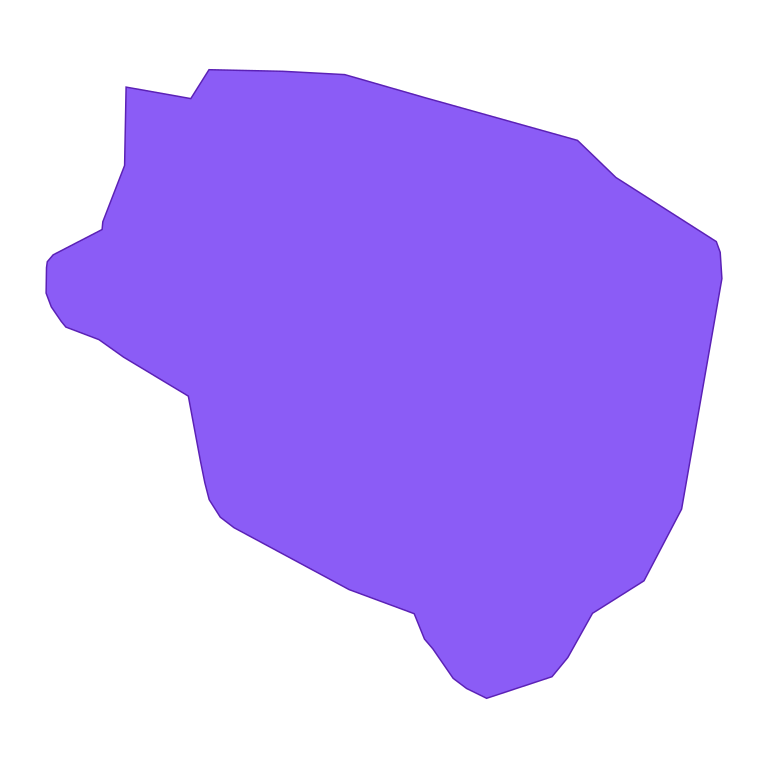 the district of Malvik nor, Sør-Trøndelag, Norway
{"feature_id": "86288312B32128147413448", "entity_name": "Malvik nor", "entity_type": "district", "adm_level": 2, "iso_a3": "NOR", "parent_name": "Norway", "parent_adm1": "Sør-Trøndelag", "projection": "albers", "projection_center": [10.873, 63.347], "detail": "fine", "context": "isolated", "style": "filled", "palette": "violet", "viewbox_px": 768, "rotation_deg": 0, "n_neighbors": 0, "source": "geoboundaries", "source_scale": "gbopen_adm2", "svg_char_len": 633}
<svg xmlns="http://www.w3.org/2000/svg" viewBox="0 0 768 768"><path d="M344.7,74.6L282.9,71.3L209.0,69.7L190.8,98.6L126.1,87.1L124.6,165.5L102.8,221.8L102.1,229.5L53.2,254.8L47.3,261.7L46.5,267.6L46.1,293.1L51.3,306.9L61.3,321.5L65.9,327.1L98.9,339.6L123.5,357.1L188.3,396.1L188.8,398.6L200.4,460.8L204.8,482.6L209.2,499.7L220.3,517.2L234.0,527.7L349.1,589.6L414.2,613.7L424.5,639.1L432.8,648.8L453.2,678.4L466.6,688.5L486.6,698.3L552.0,676.7L567.8,657.5L592.5,613.3L644.0,580.8L681.6,509.1L721.9,278.6L720.2,252.3L716.3,241.6L615.9,177.5L577.5,140.4L424.3,97.5L344.7,74.6Z" fill="#8b5cf6" stroke="#5b21b6" stroke-width="1.5"/></svg>